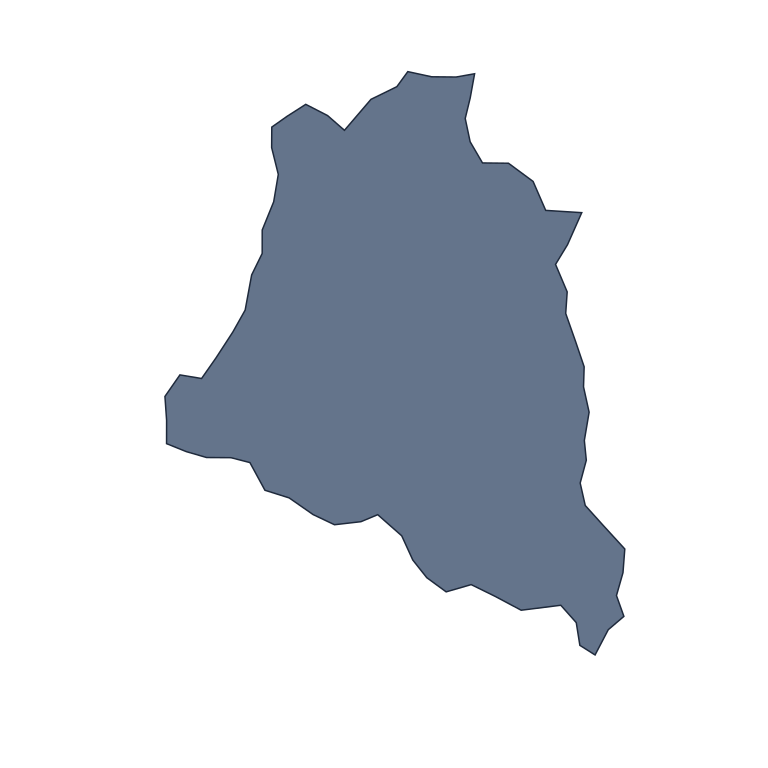 outline of Vargem Grande Paulista, São Paulo, Brazil, rotated 350°
{"feature_id": "56859067B11960821641322", "entity_name": "Vargem Grande Paulista", "entity_type": "district", "adm_level": 2, "iso_a3": "BRA", "parent_name": "Brazil", "parent_adm1": "São Paulo", "projection": "orthographic", "projection_center": [-47.014, -23.624], "detail": "fine", "context": "isolated", "style": "filled", "palette": "slate", "viewbox_px": 768, "rotation_deg": 350, "n_neighbors": 0, "source": "geoboundaries", "source_scale": "gbopen_adm2", "svg_char_len": 1041}
<svg xmlns="http://www.w3.org/2000/svg" viewBox="0 0 768 768"><g transform="rotate(350 384 384)"><path d="M608.5,249.6L573.4,241.1L566.0,210.4L544.9,188.2L519.4,183.4L510.9,160.4L510.1,136.6L518.6,117.2L527.1,94.2L508.3,94.2L484.2,89.7L461.7,80.5L448.3,93.4L420.6,101.4L389.1,127.3L375.1,109.9L355.5,95.0L335.1,103.5L318.1,111.5L314.4,131.7L316.3,159.2L307.0,185.4L290.8,211.2L286.7,234.3L272.6,253.6L260.1,287.1L244.2,306.5L223.1,329.1L205.3,346.9L184.6,339.6L166.1,358.2L163.6,382.0L159.5,405.0L177.6,416.3L196.5,425.6L220.5,430.0L238.3,438.1L248.3,468.0L270.8,479.7L291.5,500.3L310.8,514.0L337.4,515.6L355.1,511.6L375.1,536.6L381.8,562.4L392.5,582.2L409.1,599.5L435.0,596.7L456.1,612.1L479.8,630.6L519.7,632.6L531.9,652.4L531.5,675.4L544.8,687.5L562.2,664.9L579.9,654.5L576.2,632.7L586.6,611.3L592.5,588.3L575.5,561.6L561.1,538.6L560.0,515.6L570.0,494.2L571.5,474.4L581.1,447.4L580.0,421.5L584.1,401.8L580.0,375.1L575.2,346.1L580.4,325.1L573.7,296.0L588.9,278.7L608.5,249.6Z" fill="#64748b" stroke="#1e293b" stroke-width="1.5"/></g></svg>